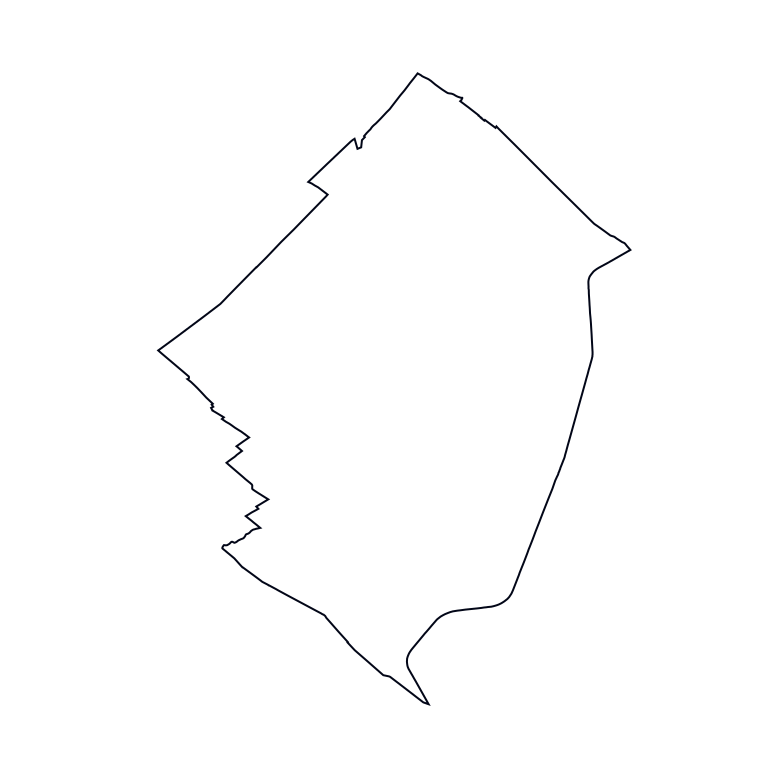 Lisse, Zuid-Holland, Netherlands (Equal Earth projection), rotated 7°
{"feature_id": "6326949B71801070478852", "entity_name": "Lisse", "entity_type": "district", "adm_level": 2, "iso_a3": "NLD", "parent_name": "Netherlands", "parent_adm1": "Zuid-Holland", "projection": "equal_earth", "projection_center": [4.545, 52.254], "detail": "fine", "context": "isolated", "style": "outline", "palette": "ink", "viewbox_px": 768, "rotation_deg": 7, "n_neighbors": 0, "source": "geoboundaries", "source_scale": "gbopen_adm2", "svg_char_len": 6084}
<svg xmlns="http://www.w3.org/2000/svg" viewBox="0 0 768 768"><g transform="rotate(7 384 384)"><path d="M612.2,220.9L608.4,217.5L607.9,217.0L606.7,215.8L606.0,215.2L605.4,214.8L605.2,214.7L603.0,214.1L596.9,211.1L595.4,210.2L594.5,209.8L593.8,209.6L592.4,209.4L592.0,209.3L590.6,209.0L583.5,205.0L576.0,200.9L574.4,200.1L573.1,199.4L572.3,198.8L571.5,198.2L568.9,196.2L546.0,178.5L525.9,163.0L485.4,131.2L471.6,120.5L466.2,116.3L464.2,114.6L463.5,116.2L453.5,110.5L452.0,109.6L451.5,110.4L447.9,108.1L448.1,107.9L447.5,107.5L445.1,106.1L445.2,105.8L443.4,104.7L438.2,101.6L433.9,99.0L432.1,98.0L427.6,95.4L425.2,94.0L426.0,93.0L426.3,92.5L426.9,90.6L426.8,90.4L426.6,90.4L425.9,90.5L425.6,90.5L424.8,90.4L422.7,90.0L421.3,89.6L420.5,89.3L419.3,88.8L417.8,88.1L416.1,87.7L415.4,87.6L413.4,87.6L412.0,87.5L411.5,87.3L410.7,87.0L406.2,84.8L403.6,83.4L398.4,80.5L393.6,77.4L393.0,77.1L391.1,76.1L389.7,75.6L389.0,75.4L385.9,74.4L384.3,73.8L383.0,73.0L379.5,71.6L379.0,72.5L376.0,77.5L372.9,82.5L372.2,83.8L371.1,85.7L368.6,90.0L366.8,92.8L366.0,94.0L364.9,95.7L357.8,107.7L356.3,110.3L356.0,110.7L355.4,111.5L353.5,113.9L348.4,120.9L345.9,124.2L344.1,126.5L342.5,128.2L341.2,129.8L340.3,131.2L339.4,133.0L338.6,133.9L336.3,136.9L334.0,140.4L334.9,141.3L332.8,144.1L332.7,144.2L332.4,144.6L332.5,151.9L329.0,153.8L325.5,145.5L324.9,144.2L323.6,145.3L323.4,145.4L321.2,147.7L300.6,172.7L284.2,192.7L287.8,193.8L291.1,195.4L294.6,196.8L305.0,202.9L303.6,204.9L284.7,229.7L275.6,241.7L274.4,243.2L264.8,255.3L262.5,258.4L252.1,272.4L243.2,283.8L243.0,283.7L237.3,291.1L226.3,305.4L217.9,316.4L215.3,319.9L211.8,324.5L203.5,332.6L198.4,337.6L185.6,349.9L180.7,354.6L172.7,362.3L155.8,378.2L159.0,380.4L159.9,381.0L178.8,393.4L185.2,397.6L189.4,400.4L189.5,400.9L189.6,401.4L189.7,401.7L189.6,402.0L189.4,402.3L189.1,402.7L188.3,403.1L192.2,405.5L195.6,408.0L199.5,411.0L205.9,416.3L209.2,419.1L216.5,424.5L215.5,425.5L217.3,427.4L215.3,428.8L216.8,430.9L217.2,431.1L217.1,431.3L220.2,432.6L229.1,436.6L227.4,438.5L231.6,440.7L235.4,442.3L237.7,443.5L241.5,445.6L246.2,447.8L248.0,448.6L253.2,451.5L255.7,453.0L256.6,453.5L251.3,458.2L245.2,463.8L246.5,464.6L251.2,467.8L250.8,468.2L246.3,472.5L245.9,473.1L244.8,474.3L244.3,474.8L242.3,476.6L239.4,479.3L237.3,481.4L237.6,481.6L239.9,483.2L253.0,491.9L255.7,493.7L258.0,495.3L262.3,498.0L263.0,498.4L264.1,499.2L264.9,499.7L265.3,500.2L265.6,500.7L265.7,501.7L265.8,502.7L265.8,503.0L265.9,503.5L265.9,503.8L266.0,504.1L266.4,504.5L267.1,504.9L269.0,505.9L272.7,507.7L279.1,510.7L283.2,512.6L278.1,516.6L275.2,518.9L272.2,521.2L274.5,523.2L271.5,525.4L268.5,527.5L267.5,528.3L265.6,529.9L262.9,532.0L266.1,534.0L269.1,535.8L271.2,537.2L274.5,539.2L278.7,541.9L276.0,542.9L275.0,543.2L273.2,544.0L272.1,544.4L271.3,544.9L271.0,545.2L270.3,545.8L269.9,546.2L269.5,546.8L268.9,547.7L267.8,548.8L267.5,549.0L266.1,549.7L265.8,549.8L265.4,550.1L265.2,550.4L265.1,550.6L264.6,552.2L263.4,554.1L262.5,554.7L261.1,555.4L260.6,555.7L259.5,556.4L259.0,556.7L258.5,557.1L257.9,557.6L257.3,558.3L256.8,558.7L256.5,559.0L256.1,559.2L255.6,559.5L255.3,559.7L255.0,559.8L254.8,559.8L254.4,559.7L254.1,559.6L253.6,559.4L253.4,559.3L253.1,559.2L252.8,559.1L252.6,559.1L252.3,559.2L252.0,559.2L251.7,559.4L251.5,559.6L251.2,559.9L250.8,560.5L250.2,561.3L249.4,562.0L249.0,562.3L248.6,562.6L248.2,562.9L247.9,563.1L247.5,563.2L247.1,563.3L246.7,563.4L245.8,563.4L245.3,563.4L244.8,563.4L244.5,563.8L244.3,564.1L244.1,564.6L243.7,565.4L243.7,565.6L243.6,565.8L243.5,566.3L243.6,566.6L243.6,566.8L243.8,567.0L256.7,575.3L263.0,580.8L265.7,583.1L265.8,583.0L279.2,590.5L282.2,592.2L285.5,594.1L287.3,595.2L293.2,597.4L293.8,597.8L293.9,597.7L295.5,598.3L299.1,599.7L301.7,600.7L304.3,601.8L314.2,605.7L345.5,617.8L349.7,619.4L350.2,619.7L351.5,620.2L352.2,620.3L352.6,620.6L353.9,621.4L355.2,623.1L362.3,629.4L368.8,635.2L379.6,644.6L379.3,645.0L387.4,651.8L400.0,660.3L418.8,673.1L424.6,673.6L425.4,673.8L425.9,674.0L445.6,685.6L461.8,695.2L467.3,696.4L462.3,689.6L451.7,675.2L449.8,672.7L447.6,669.7L446.5,668.3L443.9,664.8L443.2,663.9L442.8,663.2L442.5,662.7L442.1,662.0L441.8,661.3L441.5,660.5L441.3,659.8L441.0,658.6L440.6,656.9L440.5,655.3L440.4,653.8L440.5,653.2L440.6,652.4L440.8,651.4L441.3,649.6L441.7,648.3L442.5,646.5L442.9,645.8L443.5,644.6L444.8,642.5L447.3,638.6L453.6,628.8L454.9,626.7L456.4,624.6L459.2,620.4L460.6,618.2L464.9,611.8L465.6,610.9L467.3,609.2L468.6,607.9L469.4,607.3L471.0,606.1L472.8,604.9L475.5,603.4L477.6,602.3L478.8,601.8L480.0,601.3L484.5,600.0L487.4,599.3L492.3,598.0L504.2,595.3L506.2,594.8L507.9,594.4L510.3,593.7L512.9,593.1L514.3,592.7L517.5,592.0L519.2,591.4L520.0,591.1L521.9,590.3L523.4,589.6L524.9,588.8L526.9,587.5L527.7,586.9L529.3,585.6L530.2,584.8L530.9,584.1L531.5,583.5L532.7,582.3L533.2,581.6L534.2,580.2L534.5,579.6L535.2,578.2L535.7,577.2L536.0,576.6L536.2,576.0L536.6,574.7L537.1,573.1L540.0,561.8L540.5,559.7L541.1,557.5L541.7,554.6L542.4,552.0L543.1,549.3L544.1,545.6L545.1,541.7L546.9,534.4L547.8,530.3L548.4,528.2L550.3,520.8L551.3,516.7L552.5,511.6L554.6,503.5L557.5,491.9L561.2,477.6L563.9,467.5L565.7,459.1L566.1,457.7L566.4,456.9L566.9,455.2L567.4,453.8L567.8,452.7L568.0,451.5L568.0,451.0L568.5,449.6L568.8,448.1L569.2,446.8L569.2,446.2L569.4,445.4L569.6,444.6L570.2,442.4L571.5,437.3L571.8,436.3L572.2,434.4L572.3,433.4L572.4,432.4L572.8,429.9L573.1,428.0L573.3,426.4L573.8,422.9L574.0,421.5L574.2,420.3L574.4,419.0L574.6,417.8L578.3,393.3L579.7,383.7L581.0,375.1L581.6,371.3L583.6,358.0L584.2,353.8L584.9,349.5L585.6,344.2L585.9,342.6L586.5,338.5L587.2,334.0L587.3,332.9L587.4,332.0L587.5,331.2L587.4,330.8L587.4,329.4L587.1,326.8L586.8,325.2L584.8,314.0L584.4,311.7L584.0,309.4L582.9,303.5L582.0,298.6L581.4,295.6L580.8,292.8L579.9,288.8L579.1,284.2L578.7,282.1L578.4,280.6L578.0,278.3L577.5,275.6L576.3,269.2L576.2,268.5L575.8,265.7L575.3,264.0L575.2,262.7L574.6,259.1L574.4,257.6L574.4,256.0L574.6,254.3L575.0,252.5L575.4,251.6L576.4,249.8L578.2,246.9L579.2,245.8L581.1,244.0L583.1,242.4L585.6,240.6L591.1,236.7L603.4,227.5L612.2,220.9Z" fill="none" stroke="#020617" stroke-width="2"/></g></svg>